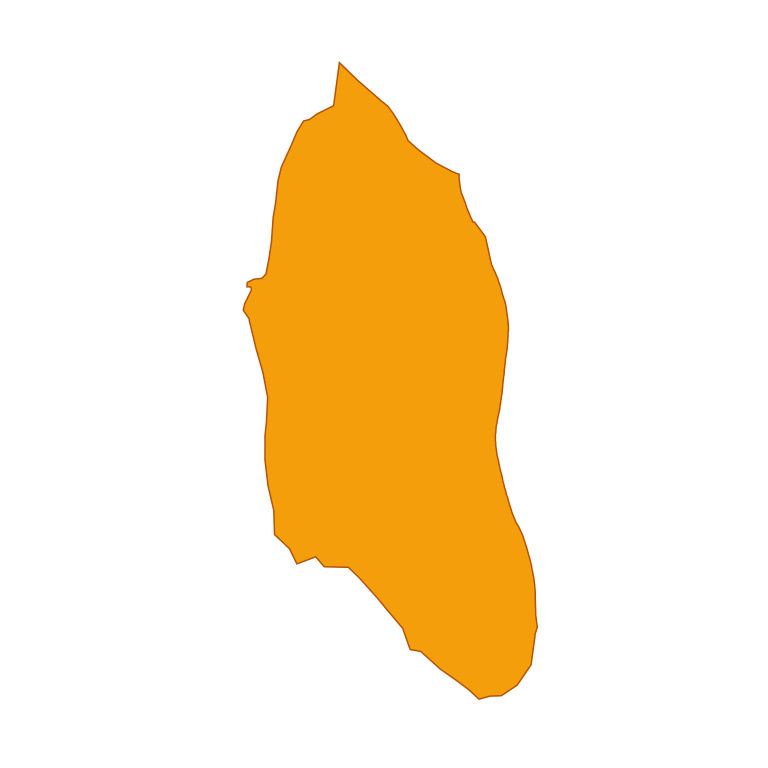 the district of Al Madan, Amran, Yemen, rotated 173°
{"feature_id": "15242507B28898961635251", "entity_name": "Al Madan", "entity_type": "district", "adm_level": 2, "iso_a3": "YEM", "parent_name": "Yemen", "parent_adm1": "Amran", "projection": "equal_earth", "projection_center": [43.615, 16.232], "detail": "fine", "context": "isolated", "style": "filled", "palette": "amber", "viewbox_px": 768, "rotation_deg": 173, "n_neighbors": 0, "source": "geoboundaries", "source_scale": "gbopen_adm2", "svg_char_len": 2971}
<svg xmlns="http://www.w3.org/2000/svg" viewBox="0 0 768 768"><g transform="rotate(173 384 384)"><path d="M283.8,582.9L285.8,584.0L288.0,585.2L289.8,586.1L305.4,596.9L320.8,611.7L330.4,622.5L332.0,628.3L335.3,636.6L338.7,644.6L342.0,651.6L346.5,659.4L352.9,666.0L356.7,670.3L363.3,677.6L373.6,689.1L389.1,708.4L400.1,666.4L417.1,660.4L425.8,655.6L431.7,654.9L439.5,645.2L447.2,631.8L459.4,611.9L464.3,599.1L469.7,576.3L473.7,562.9L478.3,539.2L482.9,522.5L487.8,507.5L492.3,503.8L500.5,503.8L507.3,501.5L508.2,497.1L504.8,496.7L504.0,495.3L504.5,492.9L512.5,480.6L514.7,474.3L509.9,465.2L510.0,463.8L506.7,435.0L502.8,410.5L501.1,385.0L505.3,360.5L508.4,347.4L511.4,323.1L511.5,297.0L508.8,271.8L511.0,247.9L497.9,232.1L492.4,216.1L472.8,220.8L465.6,209.9L441.7,206.4L432.0,194.4L416.6,172.3L410.0,161.8L395.7,140.0L395.2,139.3L390.4,117.2L380.1,114.1L362.8,94.1L347.1,79.9L336.6,69.7L328.1,59.6L316.9,61.3L305.6,60.3L288.5,68.9L272.3,87.3L264.9,115.1L264.7,116.9L261.5,123.9L261.5,126.6L261.5,128.7L261.5,131.3L261.5,134.0L261.6,136.2L261.3,138.7L261.0,141.2L260.8,143.8L260.5,147.0L260.2,150.5L259.9,153.6L259.5,156.6L259.2,159.9L259.1,163.8L258.9,166.6L259.0,169.3L259.0,172.1L259.0,174.4L259.3,176.8L259.4,179.5L259.7,182.0L259.7,184.6L260.0,187.5L260.3,190.4L260.6,193.0L261.3,196.5L261.5,198.6L261.9,200.8L262.4,204.9L263.0,207.2L263.5,210.1L264.1,213.1L264.6,216.0L265.3,218.5L266.0,220.5L266.6,222.6L267.6,225.4L268.3,227.3L269.4,229.5L270.2,231.4L270.6,233.6L271.2,235.5L271.8,237.6L272.7,241.1L273.1,243.9L273.9,248.0L274.4,250.4L274.7,252.8L275.0,255.0L275.5,257.6L276.1,259.9L276.3,263.2L276.9,265.7L277.2,268.9L277.6,271.4L277.9,273.6L277.9,275.9L278.2,278.5L278.5,281.0L279.0,284.0L279.3,286.5L279.4,289.2L279.7,291.3L279.7,294.1L280.2,296.8L280.5,299.8L280.5,304.1L280.6,309.4L280.3,311.9L280.3,314.3L279.9,317.5L279.7,319.6L279.0,322.1L278.3,326.0L277.6,329.0L276.8,331.0L275.9,334.1L275.3,336.3L274.2,339.2L273.6,341.2L272.8,343.1L272.1,345.3L271.7,347.7L270.8,350.1L270.2,352.4L269.6,355.0L268.9,357.5L268.1,359.9L267.4,363.2L266.8,365.6L266.4,367.7L265.7,371.1L264.9,374.2L264.4,376.6L263.6,378.9L263.2,381.7L262.6,384.2L261.9,387.0L261.0,390.7L260.1,395.1L259.1,398.0L258.5,400.3L257.7,403.1L257.2,405.2L256.7,408.0L256.0,411.0L255.6,413.7L255.0,416.6L254.7,419.6L254.0,422.1L253.7,424.3L253.4,427.0L253.4,429.2L253.3,431.7L253.3,434.3L253.3,436.8L253.4,439.6L253.4,442.1L253.4,444.9L253.5,447.0L253.7,449.4L254.1,451.9L254.7,454.2L255.1,456.8L255.6,459.1L255.9,461.9L256.2,464.2L256.7,467.1L257.2,469.5L257.8,471.8L258.1,474.4L258.7,476.3L259.4,478.5L260.0,481.0L260.6,482.9L261.4,484.9L261.9,487.0L262.7,489.2L265.4,517.8L274.4,533.6L276.0,534.0L276.7,536.5L277.5,538.7L278.4,541.6L279.2,544.4L280.0,547.7L280.6,550.0L281.2,553.7L281.6,555.2L282.0,556.6L282.9,560.6L283.7,563.1L284.0,565.2L284.2,567.4L284.4,569.7L284.4,572.5L284.4,574.8L284.4,577.2L284.4,579.3L284.0,581.7L283.8,582.9Z" fill="#f59e0b" stroke="#b45309" stroke-width="1.5"/></g></svg>